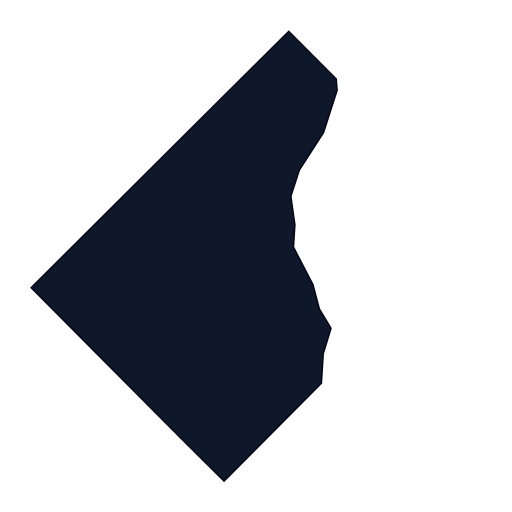 the district of Starke, Indiana, United States of America, rotated 135°
{"feature_id": "52423323B53006096789776", "entity_name": "Starke", "entity_type": "district", "adm_level": 2, "iso_a3": "USA", "parent_name": "United States of America", "parent_adm1": "Indiana", "projection": "mercator", "projection_center": [-86.683, 41.302], "detail": "fine", "context": "isolated", "style": "filled", "palette": "ink", "viewbox_px": 512, "rotation_deg": 135, "n_neighbors": 0, "source": "geoboundaries", "source_scale": "gbopen_adm2", "svg_char_len": 420}
<svg xmlns="http://www.w3.org/2000/svg" viewBox="0 0 512 512"><g transform="rotate(135 256 256)"><path d="M437.8,119.4L392.2,119.5L299.7,119.8L277.5,139.4L254.1,151.8L248.6,173.8L236.0,195.4L223.2,235.8L206.4,250.6L189.1,273.6L164.6,286.1L121.0,295.5L81.5,315.8L74.1,324.4L74.0,391.7L164.8,392.0L437.4,392.6L437.7,301.7L437.8,256.1L438.0,180.2L437.8,119.4Z" fill="#0f172a" stroke="#020617" stroke-width="1.5"/></g></svg>